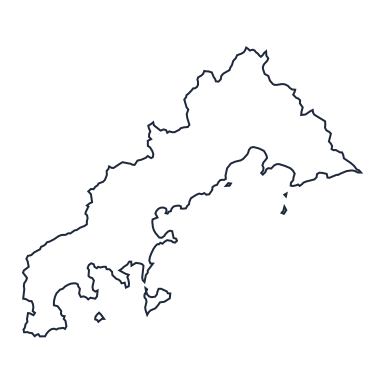 the district of Ubatuba, São Paulo, Brazil
{"feature_id": "56859067B10562260302703", "entity_name": "Ubatuba", "entity_type": "district", "adm_level": 2, "iso_a3": "BRA", "parent_name": "Brazil", "parent_adm1": "São Paulo", "projection": "natural_earth1", "projection_center": [-45.033, -23.396], "detail": "fine", "context": "isolated", "style": "outline", "palette": "slate", "viewbox_px": 384, "rotation_deg": 0, "n_neighbors": 0, "source": "geoboundaries", "source_scale": "gbopen_adm2", "svg_char_len": 5931}
<svg xmlns="http://www.w3.org/2000/svg" viewBox="0 0 384 384"><path d="M266.1,51.3L264.3,52.8L262.8,55.0L260.9,56.8L259.1,55.3L257.9,53.6L256.1,52.4L254.7,50.6L252.9,49.7L249.8,50.5L248.2,48.9L246.2,47.6L245.2,50.2L243.7,52.3L241.3,53.7L237.1,55.2L235.7,58.3L233.3,60.8L231.9,65.2L230.3,67.7L229.5,70.1L223.5,73.5L221.4,75.8L220.7,79.4L218.5,81.6L215.9,81.4L215.1,79.0L213.8,77.2L211.8,72.4L208.0,71.3L206.2,71.4L204.3,70.9L203.2,73.8L201.3,75.6L198.2,77.3L197.4,79.5L198.0,81.8L198.0,84.9L196.9,87.0L194.9,88.3L193.1,88.4L191.5,90.5L188.2,93.9L186.5,95.1L186.1,97.2L184.3,99.5L186.5,107.2L188.3,109.6L186.7,114.1L187.4,118.4L189.4,124.8L187.8,127.0L183.6,127.4L180.8,128.2L179.2,129.8L174.5,132.2L172.2,132.2L169.3,131.4L167.3,132.8L166.1,130.2L163.8,129.4L160.6,130.6L153.9,125.3L153.2,122.3L151.1,124.0L148.3,125.6L148.7,127.7L150.3,131.5L149.2,133.8L149.0,136.9L151.1,139.1L147.8,140.8L147.9,146.0L150.0,147.3L152.3,151.1L153.3,154.1L152.9,157.1L151.1,158.1L147.6,156.0L146.0,157.7L141.4,159.7L137.5,160.6L134.6,164.9L132.7,164.8L130.7,163.8L122.4,162.2L113.4,168.0L111.5,167.8L109.1,166.4L108.4,169.0L106.7,170.8L106.8,175.2L104.9,179.9L103.1,181.8L98.5,183.5L97.6,185.3L95.3,186.8L93.6,189.2L90.9,189.0L88.3,191.4L90.9,194.1L92.1,202.2L89.6,203.4L86.9,205.5L88.4,206.6L85.9,211.7L85.4,213.8L87.1,215.3L87.6,218.3L86.9,221.0L86.8,224.4L84.4,226.0L80.1,227.7L76.7,230.0L74.6,230.4L70.4,233.4L68.2,233.3L65.7,234.8L61.5,235.0L58.7,236.1L53.8,239.4L49.5,241.6L46.9,242.3L45.5,244.4L43.5,245.8L41.1,246.8L40.0,249.3L34.3,252.3L31.3,255.1L27.9,255.9L26.4,258.8L27.6,261.2L28.7,266.8L23.9,270.4L23.0,272.7L27.0,277.9L26.1,280.5L24.2,283.3L23.8,286.0L24.3,289.1L23.2,298.7L25.8,299.1L29.6,301.2L31.6,301.1L32.9,304.0L33.4,307.3L32.7,311.1L35.0,312.9L33.4,315.2L29.8,313.3L28.0,313.1L27.0,319.2L27.4,321.8L25.5,324.4L24.8,327.8L23.5,329.6L24.1,332.3L27.4,332.1L29.6,332.9L32.2,333.2L34.7,336.2L36.5,334.8L38.4,334.2L39.9,336.4L45.1,336.3L46.9,333.1L49.3,330.6L51.7,329.1L54.0,328.7L56.4,329.5L58.4,328.5L63.3,327.9L65.0,328.9L66.4,326.3L65.5,320.9L63.7,318.9L64.6,316.2L62.2,315.8L60.9,313.8L61.2,311.0L57.6,306.2L53.9,305.3L53.9,301.5L55.0,296.7L56.6,293.2L60.0,289.7L62.7,288.8L65.2,286.4L68.2,284.7L70.8,283.7L73.7,283.3L75.6,283.3L77.8,284.3L78.2,286.3L79.9,288.8L79.1,293.6L80.8,296.9L83.8,296.4L86.3,297.5L88.2,299.4L90.5,297.7L95.2,298.7L97.0,296.4L97.6,290.5L95.3,291.6L93.0,289.9L92.5,286.8L93.9,280.5L92.2,278.0L90.0,277.4L88.5,275.9L89.0,270.2L87.6,268.0L88.8,265.1L91.1,263.3L93.6,264.2L94.7,267.0L96.8,268.2L98.2,266.8L100.5,267.5L103.0,266.8L105.8,266.8L106.6,269.1L109.6,269.3L112.0,271.8L112.4,275.1L116.3,278.8L118.7,279.7L120.2,280.9L121.6,283.3L124.7,282.7L125.9,287.6L128.7,286.3L129.0,283.3L128.4,279.9L127.3,277.0L128.7,274.8L125.6,273.8L119.4,270.4L121.7,268.9L124.0,266.7L127.3,264.6L129.2,261.7L131.2,261.7L131.5,265.7L135.9,262.9L140.2,263.5L142.1,264.2L143.5,265.7L142.2,277.6L142.8,280.3L144.5,282.1L145.9,275.0L147.7,272.8L147.8,270.4L153.0,263.6L150.4,263.4L149.3,260.7L149.9,257.1L151.3,253.4L153.6,248.7L155.5,246.0L157.2,244.3L159.0,244.2L160.3,242.8L162.4,243.7L164.9,241.5L167.1,240.2L171.4,240.9L172.9,242.2L175.0,242.6L177.0,240.8L176.1,238.7L173.6,238.0L172.2,231.2L170.0,230.7L168.1,231.5L165.9,233.6L164.0,236.2L161.6,237.8L159.2,237.5L155.6,233.2L153.9,230.3L152.9,227.2L152.3,221.8L152.6,219.4L157.5,217.5L155.4,213.5L156.2,211.4L158.0,209.1L160.1,207.9L162.2,207.5L164.3,207.8L166.1,208.7L166.6,210.9L165.6,213.2L167.6,213.6L168.9,211.7L170.8,211.2L171.6,208.7L173.6,206.5L176.4,205.8L179.1,205.6L180.9,206.4L180.9,208.5L182.8,208.7L185.9,208.4L187.4,205.7L189.0,204.3L189.4,201.7L190.9,198.2L196.3,194.8L199.2,193.6L201.9,194.2L204.3,193.1L206.3,194.7L209.2,194.3L212.2,190.0L212.5,187.1L214.7,185.5L217.0,184.9L218.7,181.8L220.2,180.2L222.0,179.8L224.2,179.9L225.9,178.8L225.5,175.7L227.1,168.3L230.9,163.5L235.1,161.7L240.9,160.3L243.4,158.7L247.3,154.4L248.2,152.6L249.0,149.8L250.9,147.6L253.5,147.0L259.0,148.5L261.8,149.8L263.9,150.9L265.5,153.5L266.6,155.9L267.0,158.1L263.3,162.7L262.4,165.4L263.5,167.6L263.2,170.6L261.2,173.0L262.8,174.6L265.3,172.2L266.4,169.3L268.3,168.2L271.2,168.5L274.3,165.3L276.6,164.2L279.1,164.1L284.9,165.9L290.1,168.1L291.8,169.5L293.2,171.0L294.7,173.7L293.5,177.4L293.2,180.2L291.0,182.7L290.7,185.6L292.7,186.0L295.6,185.5L298.2,184.5L299.6,185.9L301.2,184.9L303.6,182.6L306.2,181.5L314.5,179.4L316.6,177.2L317.0,174.1L319.4,172.7L322.3,172.9L326.7,173.9L327.5,177.6L329.4,177.8L336.4,174.9L338.2,174.9L339.8,173.9L346.3,171.2L349.3,170.7L352.2,170.4L354.8,171.0L357.9,172.5L361.0,172.5L359.1,170.4L356.7,169.4L354.0,165.8L350.9,163.1L343.9,158.3L343.3,155.3L342.1,152.4L340.1,152.4L335.8,150.0L333.6,150.2L331.6,149.2L332.1,146.1L330.8,143.5L328.9,141.5L330.9,133.6L329.1,131.8L327.4,131.0L325.9,129.7L325.0,127.5L325.3,124.5L325.1,121.3L314.2,114.6L313.1,112.7L312.7,110.0L310.0,111.4L305.5,114.5L301.2,115.0L301.5,111.7L302.7,107.4L299.9,103.4L300.1,100.2L298.2,98.5L296.3,97.9L293.2,94.7L294.6,91.9L295.2,89.7L291.9,89.4L289.7,87.8L288.1,86.0L286.0,84.8L283.8,84.1L281.3,84.1L276.8,84.9L274.7,84.9L272.9,84.1L269.9,80.6L268.3,75.9L264.7,74.0L263.2,69.7L262.8,67.3L263.8,64.5L267.2,60.8L268.3,58.4L266.4,55.7L266.1,51.3ZM146.1,291.7L144.4,294.8L144.5,297.3L146.1,299.4L146.5,301.9L145.2,307.2L145.5,309.9L147.2,314.9L148.6,312.3L150.6,310.4L155.4,308.3L158.3,304.9L159.9,302.4L164.5,301.7L169.8,298.3L170.3,293.5L167.8,293.3L166.8,291.4L161.2,288.8L158.6,288.8L157.5,291.5L156.9,294.4L155.1,296.7L151.6,297.2L149.1,296.4L147.4,294.7L146.1,291.7ZM98.3,321.8L101.9,318.9L104.1,318.9L101.0,314.6L99.1,312.7L97.2,314.4L95.4,316.9L95.2,319.4L97.3,320.1L98.3,321.8ZM283.9,213.8L286.3,210.1L284.4,206.6L283.4,210.6L281.6,212.9L283.9,213.8ZM225.9,185.9L229.6,185.7L230.9,183.5L228.3,183.1L225.9,185.9ZM286.5,193.5L284.4,194.7L285.9,196.4L286.5,193.5ZM146.1,291.7L147.1,289.3L145.5,288.1L146.1,291.7Z" fill="none" stroke="#1e293b" stroke-width="2"/></svg>